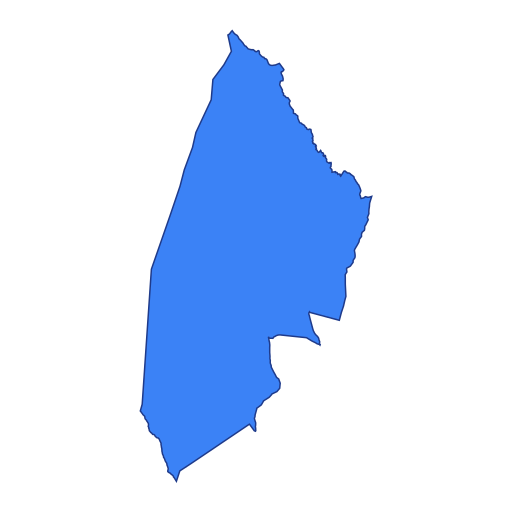 outline of Jaman South Municipal, Brong Ahafo, Ghana
{"feature_id": "2480657B92052873943163", "entity_name": "Jaman South Municipal", "entity_type": "district", "adm_level": 2, "iso_a3": "GHA", "parent_name": "Ghana", "parent_adm1": "Brong Ahafo", "projection": "equal_earth", "projection_center": [-2.766, 7.621], "detail": "fine", "context": "isolated", "style": "filled", "palette": "blue", "viewbox_px": 512, "rotation_deg": 0, "n_neighbors": 0, "source": "geoboundaries", "source_scale": "gbopen_adm2", "svg_char_len": 5963}
<svg xmlns="http://www.w3.org/2000/svg" viewBox="0 0 512 512"><path d="M371.7,196.4L369.1,197.2L367.8,197.3L365.7,196.7L365.3,196.7L363.8,197.9L361.1,198.5L360.6,197.3L360.3,195.8L359.7,194.9L359.8,193.7L360.8,191.1L360.8,190.4L360.1,188.3L359.3,186.3L358.6,184.8L358.3,184.4L357.6,183.9L357.4,183.6L357.0,182.6L356.1,181.6L355.9,181.3L355.5,180.2L354.5,179.0L353.8,176.6L351.0,174.5L350.7,174.5L350.4,173.9L350.2,173.7L349.0,173.0L347.6,173.0L347.2,172.9L346.6,172.1L345.9,171.9L345.4,171.2L345.2,171.1L344.8,171.2L344.3,171.0L343.9,171.2L340.7,176.2L340.1,175.5L340.2,174.4L339.9,174.1L339.1,174.2L338.5,174.0L338.3,174.0L337.8,174.3L337.5,173.4L337.1,172.7L336.7,172.4L336.4,172.4L336.1,172.6L335.8,172.7L335.5,172.6L335.3,171.7L332.1,172.2L332.2,171.7L332.0,171.4L331.9,169.8L331.6,169.2L330.6,168.4L330.3,167.9L330.4,167.2L330.9,166.6L331.0,166.4L331.0,165.0L331.2,164.0L331.1,163.0L331.0,162.5L330.8,162.5L330.6,162.6L330.6,162.8L330.4,163.0L330.2,163.0L329.9,162.7L329.7,162.6L329.4,163.1L329.2,163.2L328.7,163.0L327.0,161.9L326.7,161.6L326.5,160.8L326.7,159.4L326.6,159.1L325.8,158.1L325.6,157.7L325.5,157.4L325.6,156.2L325.4,155.7L325.1,155.4L324.9,155.4L324.0,156.4L323.3,155.9L323.1,155.5L323.6,154.4L323.6,154.2L323.5,153.9L322.8,152.7L322.6,152.7L322.1,152.8L321.7,152.7L321.4,152.4L321.1,151.4L320.7,151.3L320.7,150.9L320.8,150.7L320.6,150.4L320.0,151.2L319.2,152.1L318.8,152.4L318.3,152.2L317.7,151.6L316.9,150.1L316.0,149.6L315.9,149.2L316.2,149.0L316.4,148.6L316.3,148.3L316.1,147.5L315.6,146.9L315.5,146.1L315.7,145.9L316.1,146.1L316.3,146.0L316.1,145.5L315.9,145.3L315.5,144.5L315.1,144.4L314.3,143.9L313.9,144.0L313.6,143.3L312.9,143.3L312.8,143.1L312.8,142.3L312.4,141.5L312.5,141.1L312.9,140.9L313.0,140.7L312.8,139.9L312.8,138.6L312.7,138.4L312.3,138.4L312.2,138.1L312.4,137.6L312.8,137.2L313.0,136.9L313.0,136.5L312.8,135.9L312.6,135.6L312.5,135.3L312.4,134.3L311.6,133.1L311.4,132.5L311.2,132.0L311.2,131.3L310.9,129.5L310.7,129.4L309.6,129.1L309.1,129.2L308.3,129.6L308.0,129.5L306.8,129.0L306.4,127.7L305.2,127.0L305.0,126.6L304.8,126.0L304.4,125.4L303.0,124.5L302.2,124.3L301.8,123.6L301.4,123.2L300.1,122.9L299.6,122.5L297.9,118.5L297.8,118.0L297.8,116.1L297.5,115.7L296.1,114.8L295.5,113.9L293.5,113.3L293.3,110.0L292.6,109.3L291.5,107.9L291.1,107.3L290.7,106.9L290.2,106.3L289.7,105.0L289.3,104.0L289.3,102.9L289.4,102.4L290.0,101.3L290.0,100.7L287.9,97.7L287.0,97.7L286.1,97.4L285.7,97.0L285.3,96.3L284.0,95.6L283.6,95.4L283.4,95.1L283.6,94.2L283.5,93.5L282.9,92.6L282.5,92.2L282.4,91.8L282.3,91.3L282.4,90.0L279.8,85.1L279.7,84.3L280.3,81.7L280.7,81.2L281.8,80.8L282.9,80.7L283.1,80.0L283.1,78.5L282.5,76.1L281.3,73.8L281.1,72.2L281.5,71.7L282.2,71.7L283.2,70.8L283.9,69.8L283.5,69.0L279.4,63.4L275.1,65.1L274.2,65.1L272.8,65.4L271.5,65.4L270.4,65.2L269.5,64.7L268.8,64.0L268.4,63.4L267.0,59.8L266.4,59.1L265.0,58.5L264.6,58.6L264.1,57.6L263.9,57.3L263.5,57.2L262.5,57.0L261.0,55.7L259.4,53.8L259.4,52.6L259.3,52.0L259.1,51.2L258.8,50.8L258.2,50.6L256.6,51.7L255.6,51.6L255.1,51.4L254.9,50.9L253.2,49.7L251.2,49.7L248.5,49.0L247.9,48.7L247.4,47.9L247.0,47.6L246.1,46.4L245.9,46.2L244.9,45.9L243.6,44.2L243.1,43.2L240.1,39.8L238.9,38.7L238.3,37.1L237.1,35.4L235.1,34.2L233.8,32.9L232.2,30.7L231.6,31.4L231.4,31.4L229.5,34.0L227.9,35.0L231.4,51.3L223.9,64.8L212.9,79.5L211.2,99.8L195.9,132.5L192.5,147.5L184.3,169.8L180.0,186.3L170.1,215.5L151.4,269.2L142.2,404.2L140.3,411.0L141.2,412.1L141.5,412.7L142.2,413.4L142.9,414.6L144.6,416.2L144.8,416.8L144.9,417.9L145.2,418.9L146.5,420.3L146.8,421.1L147.3,421.6L147.6,422.3L148.3,423.3L148.5,424.5L148.4,425.5L148.2,426.5L148.7,427.3L148.7,428.2L148.9,428.4L149.0,428.8L149.3,430.4L149.4,430.8L150.2,431.7L150.7,432.4L151.0,432.7L151.4,432.8L152.7,434.4L153.8,434.5L154.2,434.7L154.5,434.9L154.8,435.4L155.3,436.4L157.0,437.8L158.2,438.0L158.5,438.3L159.0,438.8L159.8,440.5L160.0,441.1L160.7,442.4L161.1,443.6L161.0,444.7L161.3,445.8L161.4,447.0L161.8,448.6L162.0,451.7L162.3,452.6L162.3,453.1L162.6,454.3L163.4,455.9L163.6,457.4L164.2,458.1L164.6,459.0L165.2,460.8L165.5,461.4L166.7,463.2L166.9,464.2L167.0,465.1L167.5,466.3L168.2,468.4L168.1,469.4L167.8,470.7L167.8,471.6L168.4,472.2L168.8,472.4L169.3,472.8L170.3,473.2L171.1,474.2L172.1,474.9L172.9,475.5L173.4,476.4L173.5,477.0L174.0,477.4L176.4,481.3L179.8,470.9L191.4,463.3L248.9,424.5L249.5,424.2L254.3,430.8L255.5,431.2L255.8,430.4L255.8,430.0L255.6,429.1L255.7,428.1L255.5,427.5L255.4,426.3L255.6,425.5L255.7,423.6L255.6,422.4L255.2,421.4L254.5,418.9L254.4,418.1L254.9,417.0L255.1,415.7L255.0,415.3L256.7,409.1L256.7,408.3L261.3,404.9L263.5,401.1L263.5,400.9L269.3,397.2L271.6,394.6L271.9,394.0L276.9,391.6L279.7,388.3L280.2,383.2L278.7,379.0L277.2,377.9L276.4,377.1L275.3,374.8L273.6,371.8L271.3,367.2L271.1,365.3L270.4,363.6L270.2,362.3L270.3,360.5L269.9,358.5L270.0,356.3L269.7,352.5L269.7,347.7L269.8,345.0L269.5,342.2L269.2,341.2L268.4,336.8L269.3,338.0L269.6,338.2L272.9,338.3L273.8,337.1L274.2,336.7L274.9,336.5L276.0,335.8L277.2,335.3L278.4,335.0L279.9,334.9L306.5,337.7L311.9,341.0L315.4,342.7L317.1,343.8L319.5,344.5L320.0,345.1L320.2,344.6L319.7,344.1L319.5,343.3L319.7,341.9L319.5,341.1L319.0,339.9L318.6,338.1L317.5,336.4L316.0,335.0L314.7,333.4L313.4,330.8L312.9,329.3L310.8,321.5L309.7,317.3L309.3,315.4L308.9,314.5L308.8,313.7L308.9,312.8L309.5,311.8L309.9,312.4L339.3,320.3L341.4,312.4L343.5,306.1L344.8,300.4L345.9,296.4L345.3,284.1L345.3,277.9L345.2,274.7L346.3,272.8L346.9,272.0L346.5,268.8L346.9,268.0L350.1,266.3L350.6,265.8L353.1,262.3L353.1,260.5L353.3,260.1L354.9,257.7L355.1,256.4L355.1,255.2L354.9,253.2L354.5,251.2L354.4,250.5L354.7,249.4L357.8,244.1L358.7,242.4L359.0,241.8L359.3,240.1L359.6,239.0L360.1,238.3L361.5,236.5L361.5,233.8L361.9,233.1L362.0,232.4L364.4,230.3L364.7,228.7L364.7,226.8L364.9,226.2L365.2,225.6L365.7,225.0L368.2,219.8L367.4,217.4L368.9,213.7L368.8,211.8L369.0,209.1L369.4,206.6L369.6,203.6L369.7,202.9L371.7,196.4Z" fill="#3b82f6" stroke="#1e3a8a" stroke-width="1.5"/></svg>